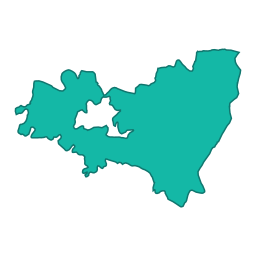 Fayyum, Al Fayyum, Egypt
{"feature_id": "37247803B48268032297871", "entity_name": "Fayyum", "entity_type": "district", "adm_level": 2, "iso_a3": "EGY", "parent_name": "Egypt", "parent_adm1": "Al Fayyum", "projection": "albers", "projection_center": [30.865, 29.3], "detail": "fine", "context": "isolated", "style": "filled", "palette": "teal", "viewbox_px": 256, "rotation_deg": 0, "n_neighbors": 0, "source": "geoboundaries", "source_scale": "gbopen_adm2", "svg_char_len": 5729}
<svg xmlns="http://www.w3.org/2000/svg" viewBox="0 0 256 256"><path d="M27.3,115.2L27.3,116.6L26.8,118.9L25.9,121.1L24.2,123.2L21.8,124.3L20.5,124.4L19.7,125.1L19.2,127.4L18.0,131.0L18.2,132.3L18.6,132.9L21.1,134.5L22.1,134.1L23.2,134.5L25.1,136.0L26.2,135.8L28.8,134.1L30.2,130.2L30.8,127.6L32.0,127.0L33.4,127.3L35.1,129.0L35.0,130.4L32.1,134.2L31.1,136.5L31.3,137.5L32.0,137.8L37.3,137.8L39.9,137.6L41.2,137.7L44.1,137.4L45.3,136.9L46.6,136.8L47.1,137.2L48.0,138.4L49.5,139.4L50.9,140.0L51.4,140.0L53.0,139.1L53.8,137.1L56.2,137.2L57.1,136.8L59.3,134.8L60.3,134.6L61.3,136.5L61.0,137.9L60.1,139.0L58.1,140.8L58.5,143.3L58.8,144.0L64.3,148.9L65.4,150.2L66.0,150.6L67.0,150.7L69.3,149.6L72.0,146.0L73.5,144.7L74.8,146.1L74.5,147.3L72.8,149.1L72.3,150.7L72.3,151.7L72.5,152.3L73.2,152.4L76.2,152.1L76.7,152.3L78.4,154.3L79.8,154.8L82.1,154.8L83.0,155.1L83.7,155.6L84.8,156.9L84.5,158.7L84.9,161.1L84.8,163.8L85.2,164.5L85.9,165.1L87.5,166.1L88.1,167.3L86.2,168.4L84.8,168.7L84.1,169.0L82.9,170.1L82.5,172.1L83.0,173.1L83.6,173.3L84.3,173.2L86.2,172.3L87.0,172.1L87.1,173.1L85.0,175.0L85.8,176.7L86.8,176.7L88.0,175.9L88.6,175.4L88.7,174.3L89.2,172.9L90.2,172.2L90.9,172.1L93.2,172.8L94.4,172.7L96.1,171.8L96.7,171.3L97.3,169.7L97.2,167.4L97.7,166.0L98.4,165.9L99.5,166.4L100.7,167.6L102.2,168.4L102.7,168.3L103.7,166.8L105.8,166.0L106.3,165.3L106.4,163.8L105.4,161.2L105.4,159.8L105.9,159.0L107.1,159.2L108.5,159.8L115.6,161.9L117.6,163.4L119.1,162.3L120.7,162.6L121.3,162.9L121.5,163.4L122.7,164.3L123.2,163.7L125.6,162.9L127.9,163.6L131.2,165.6L132.2,165.9L135.0,165.6L137.3,166.2L139.6,167.0L140.4,167.7L142.7,169.0L145.0,169.8L148.2,171.7L150.0,173.2L151.5,176.1L152.3,177.1L154.0,182.3L154.5,182.5L153.1,187.6L153.2,190.7L154.4,189.7L154.8,189.8L155.2,192.3L156.0,193.3L157.2,193.4L159.1,192.8L160.6,191.4L162.7,190.8L164.5,190.9L165.2,191.8L165.2,193.1L166.2,194.9L166.4,195.7L167.1,196.4L168.1,199.2L173.1,201.7L180.6,206.7L181.7,206.8L183.1,206.2L184.7,202.8L185.8,201.9L186.5,200.6L187.8,195.3L188.8,192.8L190.1,190.7L191.5,190.2L192.5,190.3L196.1,192.1L200.3,193.0L202.2,193.2L203.1,193.0L204.6,191.9L204.7,191.3L204.5,190.1L202.7,185.7L201.1,183.2L198.2,175.1L198.0,171.7L200.0,168.2L202.0,165.3L203.7,162.0L209.7,153.6L211.5,149.4L212.7,147.7L214.7,146.9L215.7,144.9L217.0,143.4L217.2,142.2L218.5,141.7L222.2,134.0L223.9,131.3L225.7,128.1L227.2,125.6L229.5,122.9L231.4,118.4L229.9,112.7L229.4,106.5L229.7,106.5L229.7,103.8L230.2,102.8L234.2,99.3L236.7,97.6L238.6,93.6L237.1,86.9L237.4,83.1L237.6,83.2L238.6,78.5L240.1,73.5L240.6,70.1L238.4,67.3L236.4,64.4L235.4,62.1L234.9,58.4L237.1,54.9L239.1,52.4L231.0,50.2L226.4,50.0L224.8,49.2L223.4,49.4L222.2,49.3L220.8,49.7L220.0,49.7L218.6,50.3L214.5,49.7L212.9,49.8L211.7,50.0L211.0,50.5L208.1,51.0L204.4,50.9L204.0,50.8L203.0,50.8L202.5,51.4L199.2,51.5L198.3,51.7L197.6,51.3L196.6,52.8L196.6,54.3L195.6,61.0L194.8,61.4L194.5,62.6L192.8,66.5L193.4,68.3L192.9,69.9L192.3,70.9L191.4,71.1L190.0,71.0L189.3,70.7L186.6,68.7L185.1,66.8L182.4,64.3L180.2,61.2L178.9,60.0L177.4,60.2L176.5,61.1L174.8,66.3L173.6,67.0L172.7,66.9L170.2,65.9L168.6,65.8L165.9,67.4L164.6,67.3L161.3,67.6L158.5,68.4L158.0,68.3L157.7,69.3L157.6,70.7L156.3,73.4L155.7,77.2L155.0,78.1L155.6,80.0L155.5,80.9L154.3,82.5L151.0,83.9L149.7,85.3L148.6,85.7L146.3,85.1L141.2,84.4L139.8,84.6L139.3,84.9L138.6,85.8L135.6,88.2L135.5,91.5L135.2,93.0L134.7,93.7L127.5,92.3L124.8,91.5L117.2,88.5L116.6,88.0L114.5,87.5L112.4,88.1L111.5,88.7L110.7,89.4L108.8,91.7L106.8,93.5L106.0,94.6L104.6,95.1L103.7,94.9L102.6,92.3L102.0,91.4L101.4,89.3L99.2,86.1L98.1,85.4L97.6,84.7L97.5,84.0L97.9,83.5L97.0,82.3L96.6,82.3L96.1,82.0L95.1,74.1L93.6,72.3L92.6,71.8L86.6,71.8L81.8,70.7L81.3,71.1L80.3,72.9L80.2,74.1L78.9,75.9L79.1,76.9L78.4,78.4L77.9,78.6L77.5,78.4L75.5,74.1L74.5,72.9L73.6,72.2L72.4,71.4L69.7,70.1L68.3,69.9L66.4,70.5L64.3,71.6L62.5,73.1L62.0,73.8L61.2,76.8L61.3,79.8L61.5,80.3L62.2,81.9L64.1,84.6L65.6,87.7L65.3,88.8L63.1,90.8L62.2,91.0L59.4,90.7L52.9,87.4L51.9,86.2L51.0,85.6L42.9,82.0L39.0,80.9L35.4,81.0L34.4,81.3L33.9,83.2L33.7,87.4L32.7,90.9L32.6,92.1L33.1,94.4L32.9,96.0L32.4,97.7L32.1,98.1L31.8,99.5L31.3,100.6L30.5,101.5L30.0,102.9L30.5,103.2L30.0,104.1L27.4,104.9L26.7,105.5L26.2,106.2L25.2,106.7L24.0,106.9L21.8,106.1L21.3,105.6L20.8,105.6L18.6,107.3L17.3,107.5L15.6,108.6L15.4,111.3L16.3,114.5L19.1,113.2L20.3,113.4L22.1,112.8L24.8,109.5L26.0,109.0L26.7,109.1L27.9,110.1L28.4,112.7L28.1,114.0L27.6,115.1L27.3,115.2ZM110.1,97.1L110.1,98.9L110.6,100.8L109.4,103.4L109.8,104.6L111.4,104.9L112.5,105.4L115.2,109.5L117.2,110.4L120.4,110.1L120.4,111.1L118.5,112.6L116.8,114.6L113.2,117.7L112.7,118.6L112.6,120.0L113.2,122.0L113.7,125.2L114.6,126.0L115.3,126.2L116.1,123.3L116.9,122.3L117.6,122.2L118.0,123.1L117.9,127.0L119.0,131.1L120.2,133.0L121.7,133.8L125.5,132.1L126.8,130.5L127.3,130.2L133.1,129.8L133.5,130.3L132.8,131.2L130.1,132.7L129.4,133.4L128.2,135.0L127.7,137.0L127.2,137.9L126.0,138.4L122.9,137.7L121.3,137.7L120.7,137.4L119.2,137.1L113.9,137.2L112.0,137.0L109.7,137.0L107.9,136.4L106.1,134.9L106.1,134.4L107.6,131.5L108.0,129.9L108.0,127.8L107.1,126.8L106.3,125.5L102.0,127.7L98.3,127.1L93.8,127.4L92.0,128.5L90.0,129.5L89.1,129.8L88.2,129.9L87.8,130.3L87.0,129.7L83.8,128.6L83.4,126.2L82.1,125.9L80.4,126.6L77.0,128.8L75.1,128.9L74.0,127.9L73.5,126.5L74.0,125.1L74.7,124.2L75.3,122.1L74.9,119.3L76.8,114.5L77.6,111.8L79.2,111.1L79.5,110.7L82.1,109.8L84.8,112.3L86.1,112.8L86.8,112.6L86.9,110.5L86.7,110.3L86.5,108.9L86.5,105.2L86.1,104.0L86.9,102.2L88.5,100.4L89.0,100.1L89.5,100.1L91.4,100.5L93.3,102.2L93.4,102.7L94.5,103.9L95.6,104.6L96.3,104.6L100.3,102.5L101.4,98.8L102.0,97.9L103.6,96.6L103.9,97.1L106.4,97.1L109.4,96.3L110.1,97.1Z" fill="#14b8a6" stroke="#0f766e" stroke-width="1.5"/></svg>